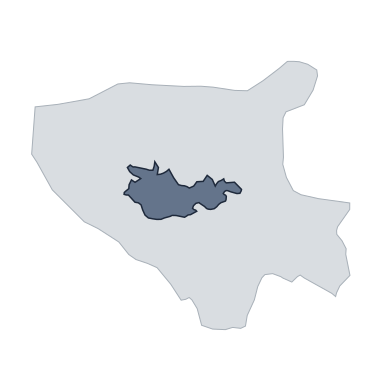 Burundi, with Gitega highlighted, rotated 93°
{"feature_id": "BDI-2639", "entity_name": "Gitega", "entity_type": "Province", "adm_level": 1, "iso_a3": "BDI", "parent_name": "Burundi", "parent_adm1": "", "projection": "albers", "projection_center": [29.917, -3.445], "detail": "fine", "context": "in_parent", "style": "filled", "palette": "slate", "viewbox_px": 384, "rotation_deg": 93, "n_neighbors": 0, "source": "natural_earth", "source_scale": "10m", "svg_char_len": 2283}
<svg xmlns="http://www.w3.org/2000/svg" viewBox="0 0 384 384"><g transform="rotate(93 192 192)"><path d="M288.9,43.1L285.9,47.1L272.0,75.4L269.3,79.6L270.9,82.2L276.7,87.6L273.3,96.5L271.9,98.9L269.3,107.2L270.7,114.9L274.0,117.7L283.0,121.4L296.5,124.1L312.4,130.4L323.1,131.6L325.6,136.2L325.1,144.4L327.7,151.5L327.8,164.2L324.6,175.4L308.2,180.7L299.8,186.4L297.5,189.3L299.5,192.7L300.6,197.2L285.2,208.4L269.4,222.9L265.6,232.8L262.4,244.4L257.8,251.8L245.7,262.5L233.4,284.0L227.4,298.0L197.2,331.6L170.4,348.4L162.6,354.1L115.2,353.1L111.5,330.5L104.3,299.6L88.0,271.7L86.2,260.0L87.0,237.5L87.0,205.8L85.9,188.8L86.2,176.4L88.3,154.8L88.0,142.0L77.3,127.1L63.9,111.3L56.6,103.6L56.2,97.3L56.3,91.6L58.4,83.1L63.6,73.8L69.5,72.7L83.9,76.4L99.0,84.4L107.0,102.3L113.1,104.9L124.2,104.9L152.5,102.5L159.6,102.8L172.5,98.5L185.3,90.9L189.0,83.1L192.0,65.5L194.7,33.9L201.2,33.6L219.1,44.8L222.9,45.6L226.7,45.2L232.9,39.6L240.6,35.1L246.2,35.2L267.0,29.9L278.1,39.5L285.2,42.4L288.9,43.1Z" fill="#d9dde1" stroke="#a8b0b8" stroke-width="1"/><path d="M186.8,142.7L188.2,142.9L190.8,144.1L191.2,147.0L189.8,153.3L188.8,156.4L188.8,158.0L189.8,159.5L191.8,160.7L192.8,159.8L193.4,158.3L194.5,157.5L197.9,157.6L199.3,158.1L201.2,162.6L203.0,164.7L205.4,166.5L207.5,168.9L208.4,172.5L208.3,174.5L208.0,176.0L207.2,177.2L205.8,178.7L202.7,183.9L202.2,184.4L203.1,187.5L205.6,189.8L208.3,190.6L209.5,189.1L209.9,187.4L211.0,186.3L214.7,192.3L215.1,194.6L216.4,196.3L217.6,198.1L216.3,206.6L216.4,210.6L217.5,212.6L219.3,218.1L220.9,221.5L221.2,225.7L220.8,230.0L220.2,234.2L217.5,237.7L212.5,240.3L207.5,242.2L205.6,245.0L205.2,248.4L198.4,255.3L198.4,257.6L197.9,259.7L196.0,259.6L194.4,258.0L192.0,255.3L188.0,255.2L183.1,253.1L185.3,249.4L181.3,243.9L179.9,246.0L178.0,251.5L174.9,255.3L170.9,257.8L168.3,255.1L169.3,253.6L170.1,252.0L169.9,250.3L171.6,239.0L172.5,235.6L172.3,232.2L168.2,231.1L163.8,230.7L169.3,226.8L176.4,227.6L175.9,224.5L174.7,221.6L172.8,218.6L170.5,216.2L178.7,211.1L185.4,205.9L186.1,202.9L186.2,199.9L186.9,197.3L188.2,194.9L186.0,190.6L181.5,187.7L180.8,181.4L174.6,177.7L178.4,172.4L184.9,169.1L182.5,167.9L180.2,166.2L178.9,163.4L177.2,161.0L179.5,160.2L181.1,158.3L180.0,150.1L186.8,142.7Z" fill="#64748b" stroke="#1e293b" stroke-width="1.5"/></g></svg>